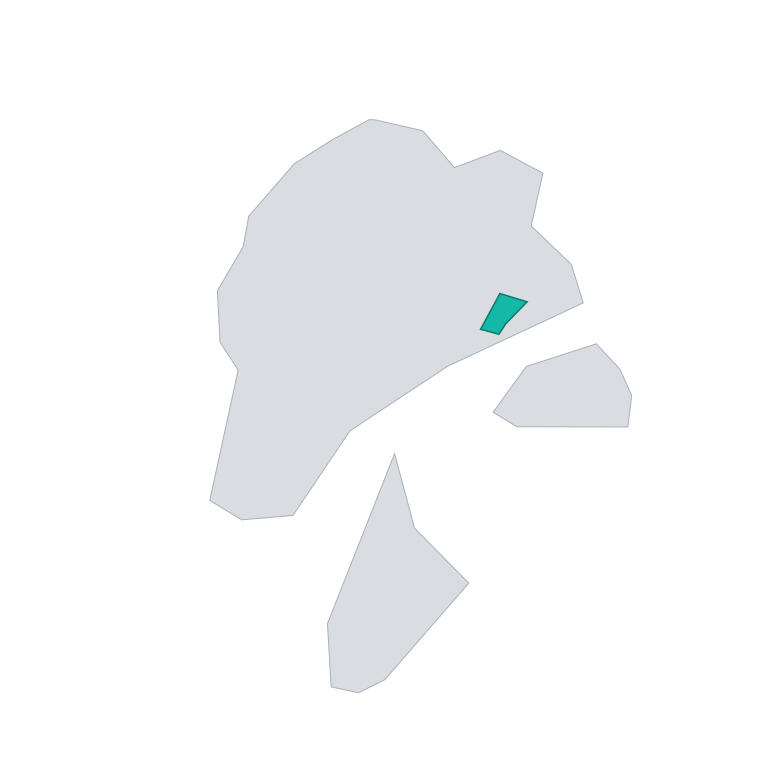 where Wong Tai Sin sits in Hong Kong S.A.R., rotated 311°
{"feature_id": "HKG-5160", "entity_name": "Wong Tai Sin", "entity_type": "state/province", "adm_level": 1, "iso_a3": "HKG", "parent_name": "Hong Kong S.A.R.", "parent_adm1": "", "projection": "mercator", "projection_center": [114.206, 22.344], "detail": "fine", "context": "in_parent", "style": "filled", "palette": "teal", "viewbox_px": 768, "rotation_deg": 311, "n_neighbors": 0, "source": "natural_earth", "source_scale": "10m", "svg_char_len": 775}
<svg xmlns="http://www.w3.org/2000/svg" viewBox="0 0 768 768"><g transform="rotate(311 384 384)"><path d="M308.0,232.8L311.0,229.9L345.1,197.1L395.4,187.6L422.0,171.8L491.3,171.8L533.8,184.5L573.9,199.4L577.7,204.3L600.5,247.1L593.5,295.2L636.6,318.4L647.3,365.6L599.9,391.4L597.1,447.0L575.9,481.1L439.2,420.4L326.4,389.0L225.1,401.5L188.2,365.8L181.8,328.9L298.8,264.8L308.0,232.8ZM289.3,578.6L161.5,578.6L134.1,567.2L120.7,542.8L166.0,498.6L338.3,437.7L295.2,501.7L289.3,578.6ZM537.8,578.5L511.5,596.2L438.9,512.3L434.3,484.9L490.5,479.9L553.6,517.8L550.0,552.2L537.8,578.5Z" fill="#d9dde1" stroke="#a8b0b8" stroke-width="1"/><path d="M496.9,438.1L488.6,421.0L528.3,412.1L539.9,438.1L509.3,436.4L496.9,438.1Z" fill="#14b8a6" stroke="#0f766e" stroke-width="1.5"/></g></svg>